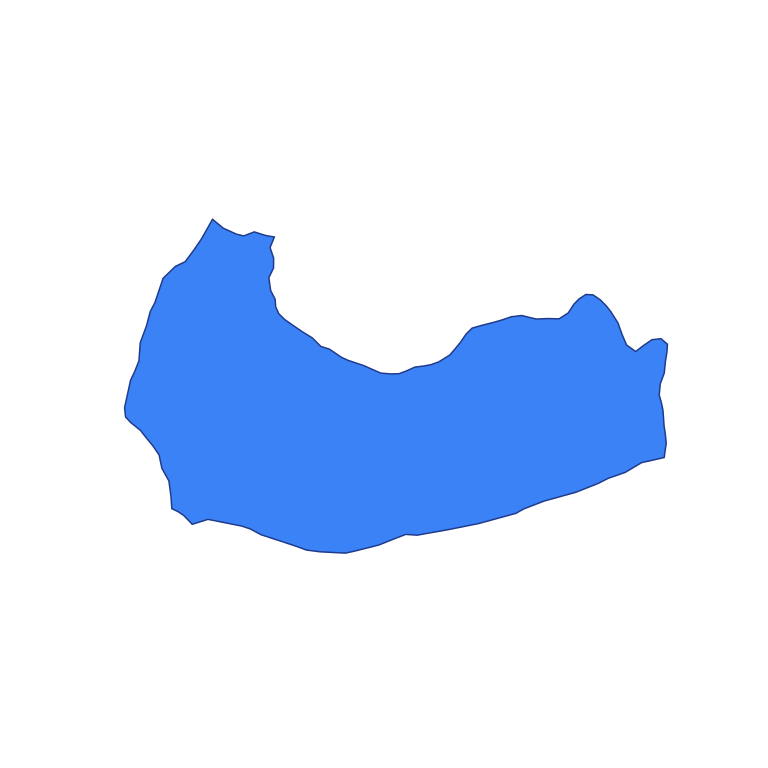 Fronteira, Minas Gerais, Brazil (Albers equal-area conic projection), rotated 50°
{"feature_id": "56859067B13167953379516", "entity_name": "Fronteira", "entity_type": "district", "adm_level": 2, "iso_a3": "BRA", "parent_name": "Brazil", "parent_adm1": "Minas Gerais", "projection": "albers", "projection_center": [-49.164, -20.219], "detail": "fine", "context": "isolated", "style": "filled", "palette": "blue", "viewbox_px": 768, "rotation_deg": 50, "n_neighbors": 0, "source": "geoboundaries", "source_scale": "gbopen_adm2", "svg_char_len": 1694}
<svg xmlns="http://www.w3.org/2000/svg" viewBox="0 0 768 768"><g transform="rotate(50 384 384)"><path d="M620.4,216.6L610.7,205.8L603.5,200.9L595.7,196.1L590.0,191.9L583.3,187.1L576.6,183.5L569.4,180.3L561.5,172.3L555.7,162.2L547.7,154.0L541.1,146.4L535.7,141.3L527.3,142.7L522.3,150.3L521.3,160.7L520.9,170.3L510.1,173.1L499.1,169.8L487.6,165.5L474.8,163.8L467.3,163.5L458.7,164.2L450.1,166.6L445.2,171.8L444.2,179.8L444.9,187.1L448.0,197.3L446.6,208.0L439.2,216.4L432.1,225.6L426.1,230.1L420.1,234.4L414.3,243.3L410.5,253.1L407.1,260.7L401.7,271.9L397.8,280.7L398.5,288.9L401.1,298.3L402.6,305.9L404.1,315.0L402.2,328.1L399.2,336.0L395.7,342.1L390.9,349.5L388.3,358.7L385.7,366.0L380.4,372.6L373.5,379.5L364.4,384.0L357.0,387.6L349.5,392.2L342.3,396.6L336.0,399.5L329.3,401.4L322.2,403.4L314.7,408.2L302.6,409.3L291.4,413.0L280.3,416.1L270.9,418.6L262.4,419.4L255.3,417.4L249.1,412.9L239.5,410.7L228.6,403.9L224.1,394.0L216.6,387.6L206.3,383.6L200.9,373.5L194.3,379.1L184.1,385.6L180.4,396.3L174.4,400.7L161.3,407.0L147.6,409.5L155.5,430.5L159.1,443.4L162.5,457.7L159.8,468.1L161.0,485.2L174.4,507.2L178.2,516.4L186.8,528.6L195.7,544.2L208.8,556.9L214.1,566.8L218.2,575.7L235.4,598.0L243.2,603.2L250.8,602.8L262.8,600.4L272.1,600.7L282.9,600.8L293.8,601.9L305.7,608.3L320.0,611.1L333.1,619.4L343.2,626.7L349.4,623.8L356.1,621.9L368.2,621.1L374.5,605.9L401.4,584.3L408.9,579.7L420.2,575.2L451.5,555.8L461.3,550.2L471.4,540.9L488.8,522.2L492.8,514.6L504.0,491.5L509.1,475.9L513.2,464.0L521.1,455.8L537.2,427.8L551.8,401.1L567.9,366.0L569.5,357.3L576.5,336.8L590.3,306.5L597.8,283.9L600.4,272.8L606.8,255.9L609.8,237.3L620.4,216.6Z" fill="#3b82f6" stroke="#1e3a8a" stroke-width="1.5"/></g></svg>